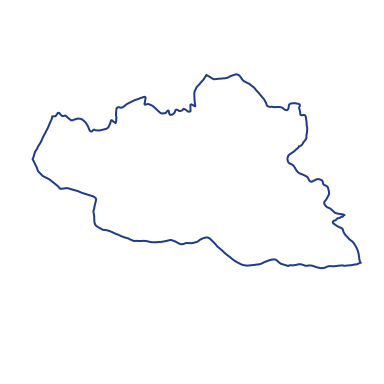 Gheleb, Anseba, Eritrea (Natural Earth projection), rotated 346°
{"feature_id": "51966322B69087636550034", "entity_name": "Gheleb", "entity_type": "district", "adm_level": 2, "iso_a3": "ERI", "parent_name": "Eritrea", "parent_adm1": "Anseba", "projection": "natural_earth1", "projection_center": [38.736, 15.796], "detail": "fine", "context": "isolated", "style": "outline", "palette": "blue", "viewbox_px": 384, "rotation_deg": 346, "n_neighbors": 0, "source": "geoboundaries", "source_scale": "gbopen_adm2", "svg_char_len": 6006}
<svg xmlns="http://www.w3.org/2000/svg" viewBox="0 0 384 384"><g transform="rotate(346 192 192)"><path d="M338.5,301.4L338.3,300.8L338.1,299.6L338.1,298.7L338.1,297.9L338.3,296.3L338.4,294.7L338.7,292.8L338.7,289.4L338.1,285.7L337.4,283.1L336.5,280.6L335.8,279.3L335.2,278.3L333.5,276.3L332.9,275.4L332.4,274.2L330.5,271.0L329.9,269.5L329.3,267.2L329.3,264.8L328.5,263.3L325.9,261.4L323.3,258.8L322.2,257.3L321.7,256.9L321.3,256.0L321.3,255.5L321.5,255.0L322.0,254.5L322.7,254.2L323.4,254.3L324.2,254.2L324.6,254.1L326.8,252.7L328.3,252.9L329.4,252.8L331.0,252.2L331.9,252.4L332.3,252.3L333.2,251.6L334.2,251.2L333.8,250.7L333.3,250.4L328.6,248.4L325.9,247.0L325.2,246.1L324.7,245.2L322.4,241.9L321.8,241.2L320.0,239.9L319.1,239.0L318.1,237.5L317.6,236.3L317.6,235.3L317.6,234.5L318.1,233.5L320.2,232.0L323.7,228.2L324.5,227.1L324.9,225.3L325.0,223.5L325.0,221.1L324.7,219.6L324.0,218.7L321.9,217.1L321.6,216.7L321.3,216.0L321.3,213.9L321.1,212.5L320.7,211.9L318.4,210.3L317.3,209.9L316.0,209.8L311.1,210.9L310.2,210.9L309.0,210.0L308.6,209.3L308.0,206.7L307.6,205.4L306.2,204.0L304.2,202.3L300.7,199.8L299.8,198.8L298.9,197.1L298.2,195.2L297.7,193.3L297.1,191.6L296.3,190.2L295.4,189.3L294.9,189.0L293.3,187.6L293.0,187.1L292.6,186.2L292.5,185.3L292.5,183.7L292.7,182.5L294.0,180.4L294.7,179.7L295.2,179.4L297.5,178.5L300.6,177.4L304.1,175.5L305.1,175.1L306.0,174.5L307.0,173.5L307.4,173.7L308.0,173.6L308.7,173.4L309.9,172.8L310.8,172.2L312.1,170.7L313.3,169.9L315.2,168.3L315.8,167.6L316.1,166.9L316.4,166.4L316.6,165.0L318.1,161.7L318.8,159.5L319.3,157.7L319.4,155.1L320.1,151.6L320.6,146.6L320.5,145.7L320.2,145.0L319.9,144.7L319.2,144.3L317.9,144.2L316.8,144.0L316.1,143.6L315.9,143.0L316.3,140.0L316.3,138.2L316.1,137.0L316.7,135.4L317.5,134.5L317.7,133.6L317.6,133.1L316.9,132.4L316.5,132.2L315.1,131.5L313.4,130.8L312.6,130.5L310.3,130.2L308.9,130.1L308.2,130.3L307.6,130.6L307.0,131.3L305.9,134.0L305.3,134.9L304.6,135.3L304.0,135.5L303.6,135.5L303.1,135.3L301.9,134.5L301.3,133.8L300.2,132.3L299.2,131.5L296.9,130.5L292.3,129.6L291.0,129.0L290.1,128.5L288.8,128.4L287.2,127.8L286.5,127.4L286.1,126.9L285.6,126.1L285.5,125.6L285.4,123.4L284.3,119.4L283.3,117.5L280.7,112.0L279.0,109.0L278.2,107.2L277.3,105.4L275.8,103.7L273.7,100.8L271.6,99.2L269.2,96.9L268.5,96.0L268.2,95.5L266.6,91.4L266.0,90.3L264.6,89.1L263.9,88.7L263.2,88.5L261.7,88.5L257.9,88.8L254.0,89.7L251.3,89.6L249.8,89.3L246.4,88.8L244.9,88.5L241.1,88.0L240.4,87.8L239.4,87.0L237.7,85.3L236.5,84.0L235.3,83.0L234.3,82.0L230.1,85.9L228.2,87.1L224.7,89.6L221.8,91.4L219.4,94.4L218.6,95.6L218.1,96.9L217.8,98.1L217.0,101.8L216.6,104.2L216.1,107.8L216.1,109.1L215.8,109.5L215.2,109.3L214.2,108.2L212.6,106.8L212.0,106.9L211.5,107.2L211.3,107.8L210.3,112.5L210.2,113.0L209.8,113.3L209.2,113.5L207.6,113.0L205.8,110.6L204.7,109.7L204.2,109.6L203.8,109.3L202.5,110.2L201.6,110.5L199.9,110.6L199.2,110.3L198.0,109.0L197.3,108.5L196.9,108.3L196.3,108.3L195.7,108.7L194.7,110.3L193.2,111.5L191.7,112.1L190.0,112.0L189.5,111.8L189.2,111.3L188.9,110.5L189.0,107.6L188.7,107.2L188.2,107.2L187.5,107.5L186.6,108.3L185.6,108.9L184.4,108.9L182.0,108.6L181.5,108.4L180.6,107.7L180.1,107.1L178.5,104.7L176.2,101.1L175.5,100.1L174.5,98.8L172.2,96.9L170.9,96.1L170.1,95.9L167.9,95.9L167.6,95.9L167.3,95.6L167.2,95.1L167.3,94.7L168.0,93.5L169.8,89.3L169.7,88.7L169.2,88.3L168.7,88.1L164.8,88.4L162.3,88.8L158.7,89.0L154.9,89.8L152.8,90.3L150.2,90.9L148.5,91.6L146.1,92.8L145.1,93.1L143.4,93.0L142.9,92.8L141.8,92.1L140.9,91.9L139.7,92.1L139.1,92.5L138.2,94.7L137.7,96.1L137.3,97.4L136.8,99.2L136.7,101.4L136.2,102.7L135.9,104.0L135.0,106.0L134.5,106.5L134.1,106.2L132.6,104.5L131.7,103.1L131.4,102.9L130.9,102.9L130.6,103.2L129.2,105.7L126.4,109.1L124.5,109.9L123.1,110.0L117.0,109.9L113.9,109.0L113.1,108.6L112.2,107.8L111.6,107.8L111.0,108.1L109.8,108.9L109.3,109.0L108.7,108.9L108.3,108.6L107.9,108.2L107.6,107.6L106.9,102.9L106.2,100.5L105.4,98.5L103.0,95.1L102.3,94.5L100.9,93.7L99.1,93.2L98.4,93.1L95.9,93.2L93.5,93.5L92.1,93.2L90.8,91.6L89.3,89.6L87.9,87.4L87.5,87.2L85.6,87.2L84.8,87.0L84.4,86.8L83.6,85.8L82.3,83.3L82.0,83.0L81.3,82.8L80.9,82.9L78.4,85.1L77.8,85.4L74.7,84.9L73.9,86.7L72.6,88.5L70.4,91.2L67.6,95.0L60.3,103.2L58.2,106.0L56.6,107.8L53.9,110.3L52.4,112.2L49.6,114.9L48.6,116.4L47.1,119.0L46.2,120.4L45.3,121.4L47.3,130.5L47.6,134.5L51.1,140.4L56.9,145.5L63.0,153.5L64.9,157.0L66.8,157.4L68.5,157.6L70.9,157.8L71.7,158.0L72.6,158.4L81.3,163.4L85.3,166.4L94.9,172.2L95.6,172.8L96.9,174.4L97.1,175.0L97.2,175.7L96.9,176.7L94.8,180.7L93.8,182.6L93.0,184.6L91.6,186.8L91.2,192.3L90.6,194.5L90.1,197.3L90.0,198.5L90.2,200.2L90.9,201.7L91.5,202.4L93.5,204.5L96.5,207.2L98.8,207.9L99.5,208.2L100.8,208.9L102.6,210.0L104.8,211.6L108.2,214.4L109.9,215.4L112.7,217.8L115.4,219.6L118.9,221.6L120.1,222.7L123.7,225.5L124.9,225.6L130.1,227.1L132.4,227.5L135.3,228.3L139.7,230.5L141.4,231.2L145.0,232.1L147.0,232.3L149.7,232.9L151.6,233.1L156.2,233.3L159.4,233.3L160.5,233.7L162.3,235.0L163.5,235.7L167.2,239.1L168.5,239.9L169.2,240.1L170.8,240.4L171.9,240.3L172.9,240.1L174.0,240.1L175.7,240.5L177.1,241.0L179.1,241.6L181.4,241.7L184.9,241.6L186.4,241.1L188.1,240.3L191.2,239.6L193.6,239.5L194.9,239.6L195.8,239.8L196.7,240.3L197.6,241.0L198.6,242.4L201.8,247.6L203.3,250.8L207.5,256.7L209.1,259.3L210.9,261.7L213.0,264.2L214.5,266.3L216.5,268.8L218.8,271.1L222.3,274.2L223.5,275.0L224.8,275.6L227.4,276.7L228.9,277.0L235.4,277.9L237.0,278.0L238.7,278.3L241.0,278.4L242.5,278.2L245.4,277.5L249.8,277.0L253.1,276.9L254.9,277.2L255.5,277.3L257.0,278.0L257.5,278.6L259.7,281.8L261.0,283.2L267.5,287.1L268.8,286.7L270.3,287.0L272.2,287.6L275.2,287.9L277.0,287.9L278.4,288.0L280.2,288.5L282.2,289.6L283.8,290.8L285.1,291.3L286.5,291.5L287.7,291.5L289.9,292.2L292.0,293.3L293.4,294.3L295.6,295.6L298.4,297.0L299.2,297.2L301.1,297.5L303.2,297.6L304.5,297.1L307.4,297.1L311.5,298.4L317.4,299.1L320.6,299.7L321.4,300.3L322.5,300.6L325.7,301.0L328.4,301.5L331.7,301.7L334.5,302.0L338.5,301.4Z" fill="none" stroke="#1e3a8a" stroke-width="2"/></g></svg>